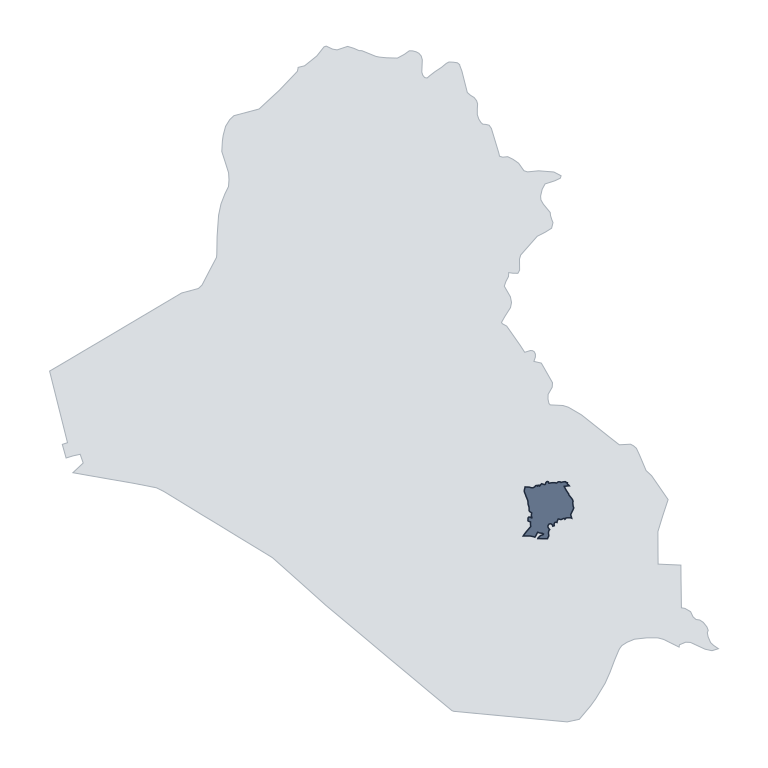 Al-Rifai, Dhi-Qar, Iraq (highlighted)
{"feature_id": "34846034B62362991729870", "entity_name": "Al-Rifai", "entity_type": "district", "adm_level": 2, "iso_a3": "IRQ", "parent_name": "Iraq", "parent_adm1": "Dhi-Qar", "projection": "robinson", "projection_center": [46.048, 31.665], "detail": "fine", "context": "in_parent", "style": "filled", "palette": "slate", "viewbox_px": 768, "rotation_deg": 0, "n_neighbors": 0, "source": "geoboundaries", "source_scale": "gbopen_adm2", "svg_char_len": 6555}
<svg xmlns="http://www.w3.org/2000/svg" viewBox="0 0 768 768"><path d="M298.1,67.4L304.6,65.8L316.8,56.0L324.0,46.9L326.2,46.1L332.5,49.1L337.1,49.9L347.6,46.4L353.8,48.3L359.0,50.6L361.9,50.7L375.9,56.4L379.4,57.1L386.6,57.8L397.4,58.1L404.3,54.4L409.3,50.8L412.7,50.9L416.1,51.8L418.9,53.3L421.2,56.0L422.3,59.8L421.8,72.1L422.8,75.3L424.7,77.6L427.1,78.0L430.1,75.4L435.2,71.5L441.6,67.3L446.3,63.4L449.0,62.0L453.3,62.2L457.4,62.8L459.7,64.7L459.7,65.3L461.9,71.1L467.3,92.5L470.5,95.3L474.1,97.5L476.6,100.7L477.6,103.9L477.3,108.9L477.3,114.7L478.8,119.1L480.9,122.5L482.8,124.2L485.7,124.4L489.1,125.2L491.4,128.5L498.8,153.0L499.5,156.2L502.6,157.2L507.7,156.7L513.0,159.3L518.6,163.2L523.9,170.7L527.5,171.9L538.6,170.8L553.9,172.0L561.1,175.8L560.3,178.2L554.8,180.8L545.1,183.9L542.2,189.2L540.6,196.0L540.9,199.9L543.3,204.1L550.2,212.5L550.5,215.5L551.8,219.7L553.0,222.6L551.6,228.2L545.4,232.1L537.2,236.3L520.7,255.0L519.5,259.0L519.6,270.1L517.9,273.3L512.7,273.2L508.7,272.6L508.5,276.5L505.8,281.7L504.3,286.2L510.4,296.8L511.5,302.5L510.5,307.6L504.9,316.4L501.5,322.4L502.3,323.7L506.7,326.1L520.3,345.5L524.7,352.3L530.5,350.5L532.6,350.7L534.3,351.8L535.4,354.1L535.4,357.0L533.9,361.4L541.3,363.1L543.9,367.6L552.5,382.7L552.2,387.2L548.1,394.4L548.0,399.1L548.9,403.4L550.2,404.9L562.9,405.5L568.3,407.2L581.5,414.9L596.5,426.8L608.8,436.6L619.3,444.8L630.5,444.2L633.5,445.8L636.4,448.3L639.6,455.2L646.1,470.6L651.6,475.7L660.1,488.0L668.1,499.6L662.9,515.3L657.9,531.6L658.0,552.7L658.1,564.1L668.9,564.6L680.9,565.1L681.0,578.6L681.2,592.2L681.4,607.8L684.9,608.4L690.6,611.7L693.0,616.8L696.0,619.5L699.7,620.0L703.3,622.4L706.9,626.9L708.2,630.3L707.3,632.7L708.1,636.8L710.6,642.6L713.6,645.4L718.4,648.7L712.0,650.7L705.1,649.2L690.4,642.4L685.6,642.2L679.4,644.8L679.1,647.1L663.6,639.4L658.0,637.9L656.0,637.8L647.1,637.8L634.4,639.2L627.0,642.3L621.8,645.6L619.5,648.8L618.6,650.6L614.6,660.1L610.0,672.3L605.1,683.3L595.7,698.8L590.5,706.0L579.3,719.3L567.2,721.9L539.0,719.3L507.8,716.4L476.8,713.5L453.7,711.3L451.9,710.6L429.1,691.7L411.2,676.7L388.7,658.0L365.9,638.8L342.7,619.4L325.9,605.4L305.6,587.2L287.1,570.7L272.5,557.7L253.8,546.3L239.1,537.4L217.9,524.4L200.8,514.1L186.3,505.2L163.9,491.5L156.5,487.8L133.1,483.2L111.0,479.4L88.1,475.4L72.9,472.7L83.2,463.0L80.2,454.3L72.9,455.9L66.1,458.0L62.3,444.4L67.5,442.7L63.1,425.0L58.5,406.7L54.1,389.1L49.6,371.1L69.2,359.6L83.8,350.9L104.2,338.9L123.9,327.2L142.6,316.1L163.2,303.9L181.6,293.0L198.4,288.5L202.0,285.1L209.8,270.1L216.5,257.4L216.8,254.4L217.1,236.4L218.6,215.2L221.0,203.9L224.9,193.9L228.5,186.6L229.0,179.8L228.6,172.8L225.3,162.4L221.8,151.5L222.4,140.9L223.2,135.3L225.6,126.3L229.7,119.7L233.9,115.7L249.7,111.5L259.1,109.0L271.7,97.3L279.2,90.4L289.7,79.4L297.4,71.3L298.0,68.5L298.1,67.4Z" fill="#d9dde1" stroke="#a8b0b8" stroke-width="1"/><path d="M529.1,510.7L529.4,511.1L529.7,511.6L530.0,511.8L530.8,512.3L531.7,512.9L531.5,514.2L531.4,514.5L531.3,515.1L531.4,515.4L531.4,515.8L531.6,516.5L531.8,517.3L531.9,517.8L531.6,517.9L531.3,517.9L531.2,517.8L530.9,517.6L530.5,517.1L530.0,517.1L529.4,517.1L528.7,517.1L528.5,517.4L528.2,517.7L528.0,518.1L528.0,518.4L528.0,519.0L528.0,519.6L527.9,520.3L528.0,520.7L528.1,521.0L528.5,521.2L529.1,521.4L529.8,521.7L530.5,521.9L530.5,522.2L530.5,522.8L530.5,523.7L530.5,524.7L530.6,525.4L530.8,526.3L530.6,526.7L529.9,527.5L529.3,528.2L527.7,530.1L526.3,531.7L524.7,533.8L523.9,534.9L523.2,536.0L523.3,536.0L523.8,536.0L524.3,536.0L524.9,536.0L526.2,536.0L528.7,536.0L530.2,536.0L532.6,536.5L533.6,536.7L534.9,537.2L535.7,536.0L536.5,534.5L537.1,533.2L537.8,532.2L539.0,532.8L540.0,533.0L541.4,533.2L542.4,533.3L543.5,534.0L543.2,534.6L542.1,535.0L540.9,535.4L540.2,535.8L539.5,536.5L538.7,537.3L537.9,538.2L537.8,538.6L539.6,538.6L541.9,538.7L543.4,538.7L545.5,538.7L547.2,538.7L547.5,538.7L548.1,537.2L548.7,536.2L548.8,535.3L548.5,533.7L548.5,532.3L548.7,531.3L549.0,530.4L549.7,529.6L548.8,528.6L548.5,528.1L548.1,527.4L547.9,526.7L548.0,525.6L548.5,524.8L548.9,524.2L549.7,523.9L550.6,523.7L551.5,524.1L551.9,524.5L552.2,524.8L552.5,525.1L552.6,525.6L552.7,526.0L552.8,526.2L553.0,526.1L553.8,525.9L554.3,525.7L554.1,524.5L554.1,523.8L554.6,522.8L554.9,522.4L555.8,522.2L556.4,522.3L557.0,522.5L557.2,521.1L557.7,520.2L558.0,519.2L558.3,519.0L559.2,519.1L560.3,519.5L561.0,519.6L562.0,519.2L563.0,518.7L564.0,518.4L564.5,518.5L564.9,519.3L565.4,518.9L565.9,518.0L567.1,517.8L568.4,517.8L569.4,517.8L570.3,517.8L571.0,517.9L571.7,518.2L571.4,517.0L570.9,515.6L570.7,514.5L571.3,513.3L572.1,511.6L572.9,510.1L573.3,509.1L573.8,507.9L573.2,506.4L573.1,505.8L572.9,504.1L572.8,503.3L572.8,502.1L573.1,501.3L572.8,500.4L572.5,499.6L571.6,498.3L570.2,496.6L569.2,495.3L568.8,494.8L568.7,494.4L568.7,494.1L568.7,493.9L568.5,493.6L567.7,492.6L567.3,491.9L566.6,490.9L565.7,489.3L565.4,488.8L564.8,487.5L564.2,486.7L564.2,486.3L565.3,486.2L567.1,486.0L568.8,485.8L569.3,485.8L569.1,485.5L568.3,484.8L567.5,484.1L567.3,483.7L567.3,483.3L567.4,482.7L566.8,482.6L566.1,482.5L566.0,482.2L565.6,481.7L565.3,481.7L565.0,481.7L564.3,481.7L563.2,481.9L562.6,482.0L561.8,482.2L561.2,482.4L561.0,482.5L560.7,482.2L560.3,481.9L559.6,481.8L559.0,481.8L558.4,481.8L558.1,481.9L557.6,482.3L556.8,482.9L556.5,483.0L556.3,483.1L556.1,483.1L555.6,482.9L555.2,482.7L553.8,482.7L553.0,482.7L552.6,482.7L552.1,482.7L551.9,482.7L551.5,482.8L551.2,482.8L550.2,483.0L549.6,483.2L549.2,483.2L548.7,483.1L548.5,482.4L548.5,481.9L548.2,481.7L547.9,481.7L547.5,481.5L547.2,481.5L546.7,481.7L546.2,482.3L545.9,482.6L545.7,482.9L545.5,483.7L545.4,484.2L545.0,484.5L544.5,484.6L543.7,484.4L543.0,484.1L542.4,484.0L542.0,483.8L541.7,483.7L541.4,484.0L541.0,484.3L540.8,484.6L540.4,484.8L540.3,485.4L540.0,485.7L539.8,485.9L539.5,486.1L539.3,486.2L539.2,486.2L538.8,485.7L538.8,485.3L538.5,485.3L538.3,485.2L538.1,485.2L537.8,485.4L537.4,485.6L537.3,486.0L537.1,485.9L536.9,485.5L536.6,485.5L536.2,485.5L535.8,485.6L535.7,485.7L535.4,485.9L535.2,486.3L535.1,486.5L534.8,486.7L534.6,486.8L534.0,487.3L533.7,487.4L533.3,487.6L533.1,487.7L533.0,487.8L532.6,487.8L532.2,487.8L531.4,487.7L530.7,487.6L529.7,487.2L529.0,487.1L528.5,487.1L527.8,487.0L527.3,487.1L527.1,487.0L526.6,487.0L526.3,487.0L525.9,487.0L525.6,487.0L525.1,486.9L524.9,487.8L524.5,489.4L524.3,490.2L524.3,491.8L524.6,492.4L525.0,493.6L525.5,494.6L526.0,496.3L526.7,497.8L527.3,499.4L527.6,500.0L527.8,500.8L527.9,501.5L528.0,502.0L528.0,503.2L528.1,504.3L529.0,507.1L529.1,508.5L529.1,510.1L529.1,510.7Z" fill="#64748b" stroke="#1e293b" stroke-width="1.5"/></svg>